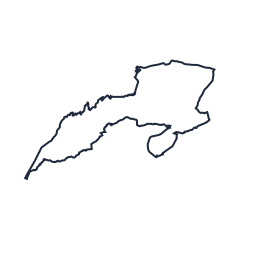 Álvaro Obregón, Distrito Federal, Mexico, rotated 27°
{"feature_id": "50627088B40867789831211", "entity_name": "Álvaro Obregón", "entity_type": "district", "adm_level": 2, "iso_a3": "MEX", "parent_name": "Mexico", "parent_adm1": "Distrito Federal", "projection": "natural_earth1", "projection_center": [-99.259, 19.318], "detail": "fine", "context": "isolated", "style": "outline", "palette": "slate", "viewbox_px": 256, "rotation_deg": 27, "n_neighbors": 0, "source": "geoboundaries", "source_scale": "gbopen_adm2", "svg_char_len": 5811}
<svg xmlns="http://www.w3.org/2000/svg" viewBox="0 0 256 256"><g transform="rotate(27 128 128)"><path d="M61.0,219.3L60.7,217.8L60.6,216.1L60.3,215.8L60.6,214.1L60.4,213.6L60.1,213.1L60.2,212.3L60.6,211.1L63.0,208.1L63.7,207.8L64.2,208.0L65.2,206.7L65.3,205.8L65.0,205.4L65.2,205.0L65.0,203.8L65.5,202.9L65.6,202.3L65.8,201.7L65.7,200.4L66.3,199.7L66.5,199.9L66.7,199.0L66.6,198.6L66.8,198.2L66.7,197.8L67.1,197.2L67.4,196.1L67.8,195.5L67.8,195.2L67.1,194.4L67.2,194.0L67.8,193.8L68.1,193.5L68.7,193.7L69.5,193.6L70.0,193.2L71.0,193.2L71.9,193.0L73.2,192.1L75.5,192.5L76.3,192.3L77.6,191.8L77.9,191.5L78.4,191.5L79.0,191.2L79.1,190.8L79.4,190.6L79.8,189.6L80.3,189.0L80.6,188.9L81.3,189.2L82.9,188.5L83.1,188.1L83.8,187.2L84.0,186.8L85.5,186.0L86.3,185.2L86.5,184.5L86.5,183.7L86.9,182.8L87.6,181.9L87.8,181.2L89.3,180.3L90.5,179.1L92.3,179.2L93.6,178.7L94.2,177.5L94.4,176.1L94.7,175.9L95.5,174.5L96.1,174.0L96.3,173.3L96.2,173.0L95.8,172.8L95.6,172.0L96.0,171.7L96.4,171.1L97.1,169.8L97.8,169.3L98.1,168.1L98.9,167.9L99.5,167.5L99.9,167.0L100.4,167.0L100.7,167.2L101.0,166.9L101.0,166.0L105.2,163.2L102.6,159.0L103.9,156.7L105.3,154.7L105.9,153.6L105.9,153.1L106.1,152.4L106.3,152.2L106.5,151.6L106.8,149.5L106.7,149.2L106.8,148.3L107.7,147.7L108.4,146.1L107.8,145.9L106.8,144.9L106.2,144.8L106.9,144.1L107.8,143.0L109.6,141.9L109.3,141.7L108.2,141.2L107.8,140.4L107.3,140.1L107.1,139.7L107.0,138.6L107.4,137.9L107.1,137.7L108.1,135.1L107.9,134.8L107.7,135.1L107.7,134.7L108.0,134.1L108.6,132.9L109.6,132.4L110.3,132.2L110.2,132.4L110.4,132.7L111.1,133.0L111.9,133.1L113.1,131.1L114.3,130.0L115.0,129.1L115.6,128.5L116.3,126.5L116.9,125.5L118.1,124.1L119.4,123.0L120.3,121.4L120.6,120.5L121.5,119.1L122.6,118.6L123.2,118.7L124.2,118.5L126.3,118.6L126.8,118.4L127.7,117.7L130.3,117.4L130.7,117.1L131.4,116.9L132.0,117.0L132.7,117.5L134.3,120.5L134.9,121.3L135.9,121.1L136.3,121.3L137.7,121.0L138.4,120.5L138.8,119.8L140.6,118.8L141.1,118.3L142.3,117.0L142.6,116.4L142.9,116.1L143.2,115.6L144.9,114.8L146.8,113.7L147.6,113.7L149.5,112.9L149.6,112.7L149.5,112.4L151.1,111.6L152.1,111.3L154.1,111.1L154.6,110.7L155.9,110.4L156.4,109.8L156.9,109.8L157.3,109.5L157.5,108.9L157.9,108.6L159.1,108.4L160.2,108.8L160.5,108.7L161.0,108.8L163.8,107.0L164.6,107.0L163.5,109.0L164.9,108.4L165.3,108.7L163.9,110.2L162.9,111.9L160.4,117.7L159.8,118.8L158.4,120.4L152.9,124.9L152.3,125.8L152.0,126.4L152.0,127.5L152.8,132.8L153.6,134.8L154.9,136.8L155.8,138.0L157.0,139.0L158.4,139.7L159.3,139.9L166.1,141.3L166.3,140.2L166.6,140.7L171.1,135.5L170.9,135.2L170.3,135.2L170.3,134.6L175.9,124.1L176.1,115.1L174.7,112.5L174.6,111.9L174.7,111.5L174.1,111.4L171.4,111.9L171.5,111.6L172.5,110.1L173.1,109.5L176.5,108.6L179.2,108.0L179.8,107.1L180.1,106.9L180.1,106.1L180.3,106.2L181.1,105.0L182.0,104.3L182.5,103.6L183.2,103.3L183.5,102.6L185.1,101.0L185.7,100.8L186.3,99.6L186.8,97.7L187.1,97.6L187.8,96.9L188.6,97.2L188.9,97.0L189.3,94.8L189.4,94.4L191.5,92.2L191.9,91.4L193.5,89.8L195.7,86.8L196.9,83.8L195.4,82.7L194.3,81.2L191.4,77.9L190.1,79.3L189.9,79.9L189.6,80.1L188.0,80.3L187.3,80.6L186.0,81.5L184.2,81.5L183.1,80.9L182.2,80.2L181.1,80.1L179.4,79.6L179.7,76.0L178.8,73.5L178.9,70.7L178.4,69.1L178.9,64.5L178.8,62.4L178.8,59.1L180.0,55.4L181.8,47.5L181.7,46.9L179.8,41.4L179.2,40.4L178.3,39.5L178.2,38.9L178.4,36.7L173.1,37.5L169.6,39.0L161.8,40.2L159.9,40.9L157.9,42.0L150.1,45.1L148.8,45.3L146.7,45.1L144.3,45.7L143.3,46.1L141.9,46.1L138.8,47.5L137.6,47.5L137.2,47.6L136.3,48.3L136.1,48.7L136.1,50.6L135.5,52.3L133.3,54.2L132.4,54.6L130.7,54.1L129.8,54.3L126.2,57.7L120.0,62.4L116.7,65.9L116.0,66.5L114.3,67.4L111.3,68.0L110.4,69.1L109.2,68.9L108.6,69.0L108.2,69.3L108.0,70.0L108.4,71.1L109.6,70.8L109.8,71.7L109.7,72.2L109.4,73.1L109.0,73.7L109.6,74.1L110.1,74.0L110.7,73.4L111.4,71.9L111.7,70.9L112.2,70.5L112.6,70.8L111.1,75.0L111.1,75.9L111.4,78.4L111.3,79.1L111.0,79.6L112.6,80.3L114.6,81.1L115.4,81.6L116.1,82.2L116.2,82.8L117.3,89.5L117.9,92.1L117.8,93.8L118.0,94.1L118.7,94.0L118.8,94.3L117.9,95.0L117.4,95.8L116.7,95.9L116.2,96.3L116.3,96.4L116.9,96.1L117.5,96.2L118.0,95.9L118.1,96.1L117.0,96.7L116.7,96.7L116.4,97.0L115.4,97.3L115.2,97.6L114.4,97.4L114.1,98.1L113.5,98.3L113.4,99.0L112.8,99.1L112.7,99.7L112.2,99.9L111.9,100.4L111.1,100.4L110.3,101.8L109.6,102.7L108.6,102.6L107.5,103.5L100.5,107.1L99.5,107.2L98.9,107.5L98.1,107.4L98.2,107.9L98.9,108.4L99.1,108.7L99.1,109.6L99.0,109.8L98.7,109.9L97.5,109.5L95.7,108.3L95.1,108.3L94.7,108.5L92.4,114.2L92.5,114.8L93.1,115.6L92.0,115.1L91.6,114.7L91.6,114.0L92.2,112.1L92.2,111.8L92.0,111.7L91.6,111.9L90.6,113.1L90.0,114.5L89.0,116.3L88.9,117.0L89.4,118.5L89.4,119.0L88.6,120.7L88.5,121.6L88.8,123.1L89.5,123.6L89.7,123.9L89.6,124.5L88.0,125.0L87.3,125.5L86.9,126.2L86.7,127.3L86.2,128.8L86.0,129.3L85.7,129.3L85.2,128.7L84.6,129.0L84.3,129.0L84.2,128.9L84.3,128.1L84.0,127.5L82.8,126.9L82.3,126.1L81.9,124.8L81.4,124.4L80.9,123.6L80.6,123.6L80.5,125.8L80.1,126.4L80.0,127.4L79.6,127.6L79.5,127.9L80.0,128.5L80.1,129.4L81.1,132.5L80.7,134.1L80.1,134.4L80.0,135.3L79.9,137.3L79.6,137.3L78.6,135.9L78.1,135.5L77.2,137.3L76.6,137.7L75.8,139.7L75.3,139.7L74.8,138.9L74.5,139.0L74.4,140.1L74.0,141.3L73.2,142.0L72.9,141.9L72.6,141.6L72.7,140.8L72.6,140.2L71.9,139.3L71.7,139.4L71.4,140.2L70.9,140.0L70.7,140.1L70.3,140.6L70.1,141.5L70.0,141.8L70.3,142.8L70.2,143.0L69.3,143.0L68.8,143.6L68.6,144.1L68.5,145.9L67.8,145.9L67.4,146.0L66.9,146.8L66.3,147.3L66.8,148.3L66.2,150.2L66.0,150.6L65.6,151.9L65.6,152.6L65.8,153.1L65.7,153.5L65.7,153.8L65.6,154.4L65.7,155.3L66.0,156.2L66.2,157.1L66.9,158.2L66.5,160.5L66.1,161.1L66.0,162.2L66.4,164.1L66.8,164.8L66.9,166.4L66.4,169.0L66.0,169.5L65.8,170.6L65.9,171.2L65.6,171.9L65.6,172.8L65.4,174.2L64.1,176.0L59.8,184.7L59.9,200.0L59.2,213.2L59.1,219.3L61.0,219.3Z" fill="none" stroke="#1e293b" stroke-width="2"/></g></svg>